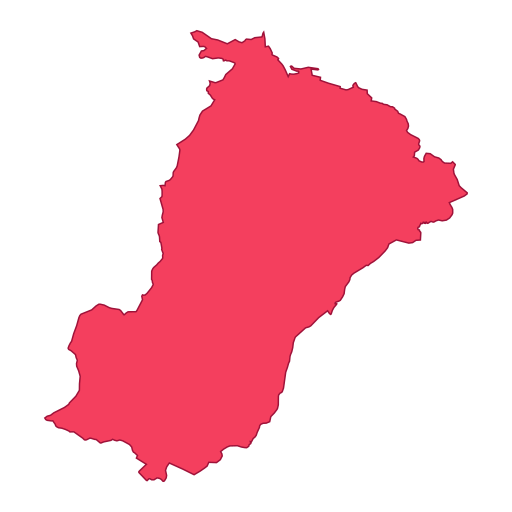 the district of Neaua, Mures, Romania
{"feature_id": "2599482B91391358994256", "entity_name": "Neaua", "entity_type": "district", "adm_level": 2, "iso_a3": "ROU", "parent_name": "Romania", "parent_adm1": "Mures", "projection": "equal_earth", "projection_center": [24.842, 46.484], "detail": "fine", "context": "isolated", "style": "filled", "palette": "rose", "viewbox_px": 512, "rotation_deg": 0, "n_neighbors": 0, "source": "geoboundaries", "source_scale": "gbopen_adm2", "svg_char_len": 5958}
<svg xmlns="http://www.w3.org/2000/svg" viewBox="0 0 512 512"><path d="M194.1,474.7L200.0,471.2L204.5,468.1L207.1,466.1L208.8,462.3L216.5,462.6L220.3,459.7L222.2,456.0L221.9,453.9L220.6,451.6L223.5,449.2L227.3,446.9L229.9,445.9L237.4,445.7L241.4,447.0L244.7,447.6L246.7,447.7L248.7,446.3L249.2,444.6L250.6,443.7L250.9,443.1L250.3,441.9L250.3,441.6L251.3,442.0L253.2,438.5L255.0,437.0L256.2,435.3L257.2,432.3L259.4,427.5L259.7,425.6L260.9,424.2L263.1,423.3L266.3,423.1L269.7,421.7L270.8,416.6L274.3,413.0L277.0,409.4L277.5,408.4L278.3,404.9L278.4,396.3L278.7,394.8L280.2,393.0L281.1,392.7L282.2,391.8L283.5,388.1L285.7,372.2L287.4,367.4L288.6,363.1L289.5,361.3L290.0,356.4L290.6,354.4L291.7,351.9L292.7,347.7L293.3,342.7L295.1,337.5L295.7,336.7L305.6,327.8L308.9,326.9L310.8,325.8L318.7,317.6L327.6,310.8L329.5,313.6L330.7,314.4L331.2,313.9L332.3,310.5L333.9,307.5L336.6,304.3L336.7,303.7L335.2,303.8L335.1,303.4L335.3,302.7L336.0,302.1L338.9,301.1L340.3,300.3L342.6,296.8L344.1,293.7L344.7,289.1L345.3,286.6L348.8,281.9L349.8,279.7L350.1,277.6L351.7,275.0L354.0,273.1L363.0,267.7L366.2,265.3L368.1,265.5L370.4,263.4L373.6,261.5L378.8,257.5L385.1,251.0L387.6,247.7L388.9,244.0L396.4,239.9L408.8,243.1L412.6,242.6L416.0,240.3L420.4,240.0L420.8,232.7L420.5,232.0L419.7,231.3L419.4,230.0L418.2,229.7L417.7,228.7L418.1,227.3L419.4,226.8L419.6,226.3L419.6,225.6L420.6,224.4L420.7,223.4L422.0,223.6L422.7,223.4L423.2,223.0L423.1,222.4L423.9,222.2L424.5,222.7L424.7,223.3L425.5,223.4L425.9,223.1L425.9,222.2L426.3,222.1L427.4,223.3L428.3,223.1L429.3,222.3L431.0,221.4L433.2,222.1L434.2,221.9L435.8,220.9L438.5,220.0L442.2,220.8L446.4,220.1L449.6,218.0L452.0,214.8L452.7,213.1L452.7,209.5L452.0,207.6L450.1,204.5L449.3,202.6L464.3,196.0L467.1,193.9L467.2,192.8L461.1,187.7L459.2,185.7L457.2,179.5L454.5,174.7L453.9,173.1L453.4,169.2L455.2,164.9L455.2,164.4L452.6,161.8L450.8,163.3L444.6,163.1L442.6,161.7L441.5,160.5L441.1,159.7L438.8,158.0L434.5,156.8L430.2,153.7L426.2,153.3L424.5,156.3L424.1,157.7L423.9,158.6L424.0,161.5L423.6,161.9L422.9,162.1L421.7,162.0L419.0,160.8L418.0,159.3L416.8,158.3L413.4,157.0L413.9,156.5L414.4,155.4L414.6,152.2L418.4,150.0L419.6,147.9L419.9,146.9L419.9,146.1L418.7,144.7L418.7,143.6L419.5,141.3L419.6,140.4L419.3,139.7L418.3,138.5L410.6,134.6L407.6,132.4L406.5,130.5L407.8,128.6L408.2,127.2L408.5,126.1L408.2,123.7L407.0,121.2L406.5,119.4L404.9,116.6L399.8,113.8L398.5,113.3L397.7,111.3L394.8,109.1L394.6,108.2L392.6,106.8L390.5,106.7L387.1,104.8L383.4,104.3L382.4,103.4L380.4,103.2L376.3,101.6L371.2,100.9L371.7,97.9L367.3,93.7L367.1,90.1L362.0,89.3L358.6,87.7L357.6,86.5L355.8,82.8L355.5,82.7L354.2,83.6L353.0,85.2L352.9,85.9L353.3,87.2L348.1,89.6L346.0,89.9L340.1,88.2L340.2,86.6L328.4,83.2L320.2,80.3L320.5,77.3L312.2,75.3L311.1,69.3L312.8,69.3L317.9,69.9L318.5,69.4L318.0,68.7L308.3,67.3L300.9,69.0L294.1,68.3L291.7,66.1L290.9,66.1L290.4,66.5L291.9,69.3L296.9,71.2L298.1,71.1L298.7,71.5L298.7,73.0L297.0,73.6L293.7,74.2L291.4,74.1L289.6,73.7L288.2,76.6L285.2,69.8L283.2,66.0L281.9,64.2L277.8,59.8L278.6,58.7L278.4,58.3L277.0,57.0L272.2,54.9L272.0,54.6L272.2,52.9L270.2,48.6L268.5,46.2L265.3,46.8L264.9,38.8L263.7,32.2L263.0,33.2L262.1,36.7L261.4,37.0L254.8,37.7L251.2,39.5L246.4,39.1L245.6,39.7L244.9,40.8L242.0,42.7L239.1,41.9L235.2,39.6L227.3,43.8L217.8,40.0L211.4,38.7L202.2,32.3L196.8,30.7L194.8,31.8L190.9,33.1L192.5,35.8L193.6,38.9L198.1,42.0L199.7,46.6L203.8,46.4L205.0,46.9L206.5,48.4L203.9,50.6L201.4,51.0L199.1,55.1L199.7,57.4L200.8,58.1L202.0,58.1L203.7,57.6L205.4,56.4L207.0,56.7L212.6,58.7L218.3,57.9L221.9,58.4L223.4,59.4L223.3,60.7L223.8,60.9L225.8,60.1L226.8,60.8L229.2,60.8L233.8,62.5L234.9,63.1L235.1,64.0L232.4,68.8L225.8,74.5L224.3,77.6L222.9,79.9L216.1,82.6L215.1,82.7L209.5,81.0L210.2,83.2L209.7,85.6L206.9,88.1L206.6,89.1L206.8,90.7L208.3,91.5L208.3,93.3L210.3,95.0L212.4,98.3L213.3,99.1L214.7,99.8L211.0,105.9L202.5,111.1L199.9,115.1L199.0,118.2L198.5,120.6L193.5,130.1L189.6,135.4L185.3,139.2L176.8,144.6L179.6,148.9L179.9,150.1L179.0,156.8L177.2,165.9L176.4,167.8L173.6,171.6L173.2,172.7L173.1,175.5L172.8,176.6L170.3,179.6L169.2,180.4L166.0,181.5L165.4,182.4L165.0,185.7L163.2,185.4L160.2,185.7L161.9,189.1L162.1,191.1L162.1,195.3L161.9,196.7L160.0,198.5L163.1,209.4L163.2,211.8L162.3,215.2L161.9,217.6L163.3,222.4L158.5,224.5L158.0,232.4L158.3,233.6L159.2,235.6L159.5,236.9L159.8,241.6L160.7,242.2L161.0,243.1L161.9,248.2L161.7,249.6L163.2,253.5L162.6,255.4L162.7,258.0L162.4,258.7L160.1,261.5L158.3,263.0L156.7,264.9L153.7,267.5L152.7,268.9L151.7,271.1L151.6,279.4L152.3,280.6L152.4,282.2L153.1,283.9L153.2,284.5L152.9,285.2L151.5,287.8L147.1,293.3L145.1,295.0L143.5,295.2L142.5,294.9L141.8,296.2L142.5,299.8L137.2,310.0L136.3,311.5L135.9,311.7L128.1,311.8L126.2,313.0L124.2,314.8L123.9,314.8L120.6,310.5L119.1,309.5L111.7,308.4L109.3,307.7L104.2,305.1L100.2,304.2L98.9,304.2L96.0,306.0L91.7,309.9L81.0,314.2L79.8,315.6L78.9,317.7L76.7,325.6L73.7,333.7L71.6,341.3L70.4,343.0L69.1,345.5L68.2,347.9L68.2,348.5L68.7,349.4L71.2,350.8L75.5,354.6L76.2,357.7L77.1,359.7L77.3,360.4L76.5,363.6L76.7,366.2L78.7,370.9L80.2,376.3L79.5,383.7L79.4,390.3L75.9,396.2L69.5,402.8L68.7,404.4L64.4,407.5L54.0,412.7L50.5,415.3L47.2,416.2L44.8,418.0L45.7,419.5L47.1,420.3L51.4,420.9L52.8,420.8L55.3,424.4L55.7,425.8L56.6,426.7L58.4,427.7L61.9,428.2L65.4,429.4L68.9,431.0L69.9,431.9L73.8,431.8L82.7,438.1L84.4,439.8L85.4,440.0L86.5,439.8L89.9,438.1L91.2,438.3L94.8,439.4L96.2,439.5L100.2,442.9L101.0,443.0L103.7,441.9L110.9,440.4L112.6,439.3L114.8,440.3L116.9,440.8L119.8,440.0L122.7,440.8L129.5,444.5L131.7,447.0L132.5,450.4L133.5,452.2L134.4,452.6L137.5,455.5L136.4,458.1L146.4,464.3L139.5,470.9L138.9,471.6L138.9,472.5L146.4,480.4L147.1,480.6L148.9,478.8L149.8,478.7L151.7,479.8L154.0,479.8L156.9,478.0L158.0,478.0L159.8,478.5L161.4,479.5L162.9,481.2L163.8,481.3L164.6,480.6L166.2,477.9L166.6,475.4L165.5,470.4L166.7,466.8L169.3,463.0L183.0,469.2L194.1,474.7Z" fill="#f43f5e" stroke="#9f1239" stroke-width="1.5"/></svg>